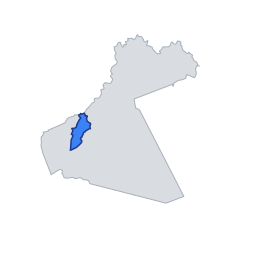 location of Gao, Gao, Mali, rotated 159°
{"feature_id": "8926073B84061132695750", "entity_name": "Gao", "entity_type": "district", "adm_level": 2, "iso_a3": "MLI", "parent_name": "Mali", "parent_adm1": "Gao", "projection": "mercator", "projection_center": [-0.018, 16.371], "detail": "fine", "context": "in_parent", "style": "filled", "palette": "blue", "viewbox_px": 256, "rotation_deg": 159, "n_neighbors": 0, "source": "geoboundaries", "source_scale": "gbopen_adm2", "svg_char_len": 4695}
<svg xmlns="http://www.w3.org/2000/svg" viewBox="0 0 256 256"><g transform="rotate(159 128 128)"><path d="M49.1,187.1L49.1,186.2L48.4,185.7L48.4,185.4L48.8,183.0L48.8,182.4L49.0,181.1L48.6,180.6L48.5,180.2L47.3,178.6L47.0,177.3L46.4,176.4L45.1,176.2L44.6,176.9L44.3,177.0L43.8,176.5L43.6,176.0L43.6,175.6L41.9,173.5L42.0,172.4L42.7,171.8L42.9,170.9L42.3,169.8L42.4,168.7L42.3,167.2L41.3,165.9L40.6,165.3L40.1,164.4L40.5,162.3L39.5,160.5L41.4,161.2L42.3,160.6L43.1,159.7L43.9,158.5L44.2,157.0L44.3,155.7L45.1,153.7L46.0,152.7L47.8,151.3L48.3,151.5L51.4,154.4L53.1,155.9L53.8,156.7L54.3,156.7L55.2,155.3L56.1,154.0L56.5,153.7L59.5,153.6L61.1,153.8L62.6,154.2L64.6,154.3L69.9,153.3L69.9,152.7L69.9,152.0L70.1,151.5L70.5,151.0L70.9,150.9L71.1,152.6L71.5,152.8L72.8,152.9L112.0,152.9L113.7,144.1L110.8,140.9L100.4,44.2L119.4,44.2L122.7,46.5L183.4,89.6L183.7,91.0L183.6,92.9L184.1,93.4L184.9,94.1L188.4,95.9L188.6,96.2L188.8,97.0L189.2,97.9L189.9,98.4L190.8,98.8L191.8,99.1L194.9,99.4L195.6,99.8L196.9,101.5L197.6,101.8L201.8,102.7L203.2,103.2L204.7,103.9L205.5,104.6L205.4,107.2L206.0,108.9L206.0,109.4L205.3,110.0L205.2,110.5L204.4,111.9L204.6,112.4L206.0,113.4L206.7,113.7L207.6,113.7L216.4,112.0L216.5,136.2L216.2,136.5L215.9,140.8L215.3,143.3L214.1,145.1L213.4,147.9L213.0,148.4L212.7,150.0L212.0,150.9L210.9,151.3L208.8,153.1L208.7,154.5L203.9,153.7L203.6,153.7L203.4,153.9L203.3,154.6L191.0,155.1L185.0,155.4L181.3,158.6L178.8,158.9L175.8,158.7L174.2,158.6L173.6,158.8L173.4,159.4L168.6,157.8L166.8,158.3L166.5,158.1L166.2,157.8L165.4,157.6L164.0,157.6L163.0,157.9L159.9,160.4L158.2,161.1L155.1,162.6L152.9,163.9L152.2,164.1L151.0,164.2L150.0,164.4L149.1,167.3L148.5,167.6L144.8,166.5L144.0,166.6L143.4,167.0L141.3,168.7L140.3,170.0L139.8,171.8L139.9,173.0L139.5,173.4L138.5,173.5L136.8,173.1L136.3,173.3L136.1,174.2L136.1,176.1L135.7,177.4L134.7,177.8L133.9,178.3L133.3,178.5L132.8,178.4L129.8,176.4L128.8,176.1L127.7,176.3L126.6,177.1L124.7,179.2L124.9,179.9L125.5,180.8L125.8,181.8L125.8,182.8L123.1,184.1L123.7,185.1L123.7,187.8L122.4,189.0L122.0,189.8L120.8,190.7L119.7,191.1L116.4,191.8L115.1,192.7L114.4,193.4L114.3,194.1L114.4,195.0L115.1,196.7L114.8,198.3L114.3,200.2L113.8,201.0L112.3,202.0L112.5,203.2L112.6,204.9L112.4,207.2L111.9,208.7L111.6,208.5L110.1,208.6L108.5,209.1L107.9,209.5L107.8,210.0L106.4,211.2L105.6,211.1L104.7,210.8L104.3,210.5L104.2,210.3L104.7,209.3L104.8,209.0L104.2,207.2L104.3,206.8L104.1,205.5L104.0,205.4L102.2,206.0L102.2,206.3L102.4,207.1L101.6,207.2L100.8,206.9L99.8,206.2L99.6,206.4L99.5,207.0L99.4,207.7L99.6,209.1L99.4,209.5L97.9,209.4L96.6,209.6L96.3,210.1L96.2,210.6L96.5,211.2L96.4,211.4L95.9,211.8L95.7,211.7L95.0,211.1L92.2,210.5L92.0,209.6L91.6,209.6L90.8,208.5L90.4,208.6L90.1,208.7L89.0,208.7L88.1,209.6L87.4,210.7L86.6,211.3L85.5,211.6L85.7,210.8L85.3,209.8L82.9,208.6L82.5,208.0L81.9,205.2L81.9,204.3L82.1,203.6L82.0,203.0L81.8,202.5L81.0,202.1L80.3,201.9L79.3,202.5L78.9,202.6L78.5,202.5L78.2,202.3L78.3,202.0L79.3,200.5L79.8,199.8L80.8,199.1L81.1,198.7L81.1,198.4L81.0,198.2L80.3,197.9L79.3,197.2L78.7,197.1L78.3,196.8L77.8,195.7L77.5,195.5L77.0,195.3L76.6,195.1L76.6,192.3L75.6,190.3L74.7,187.7L74.2,187.1L73.4,186.6L72.3,186.2L71.4,186.1L70.4,186.4L70.4,186.6L71.0,187.5L71.1,187.9L71.0,188.4L70.8,188.7L69.4,189.0L67.6,189.9L67.0,191.0L66.6,191.2L65.9,191.0L61.0,189.2L59.0,190.0L57.6,191.6L57.3,192.1L56.7,192.6L56.3,192.6L56.0,192.3L54.6,189.8L53.9,189.2L53.2,189.2L52.5,189.6L51.8,190.4L51.0,191.2L50.4,191.4L50.0,191.3L47.9,189.7L47.8,189.3L48.7,187.3L49.1,187.1Z" fill="#d9dde1" stroke="#a8b0b8" stroke-width="1"/><path d="M185.3,137.2L188.8,129.7L189.7,128.0L189.0,127.8L183.7,128.3L183.0,128.4L182.2,128.7L180.9,129.2L179.9,129.6L178.2,130.3L176.7,131.0L175.7,132.6L176.2,134.8L175.7,135.8L174.1,136.1L173.9,136.7L171.8,138.5L171.4,139.4L170.9,139.7L170.4,139.9L169.3,139.8L168.2,140.6L163.8,141.2L163.4,141.0L163.0,143.3L161.4,145.2L161.8,146.4L163.0,147.8L163.7,149.3L163.5,150.8L163.0,152.2L161.9,153.3L161.9,154.0L162.5,154.4L163.5,154.5L163.6,155.2L163.2,156.0L163.6,157.5L163.8,157.5L164.1,157.5L164.4,157.5L164.7,157.5L165.0,157.5L165.3,157.5L165.6,157.5L165.9,157.5L166.2,157.5L166.3,157.5L166.5,157.8L166.8,158.1L166.9,158.3L167.0,158.4L167.3,158.2L167.6,158.1L167.8,158.0L167.9,157.9L168.0,157.9L168.3,157.7L168.5,157.6L168.9,157.7L169.1,157.8L169.5,156.7L169.4,156.0L168.5,155.0L168.6,154.3L170.7,153.0L173.9,150.1L174.1,150.0L174.3,149.8L174.5,149.6L174.4,149.4L174.4,149.2L174.6,149.1L176.4,147.2L177.8,147.0L178.9,147.1L180.3,147.7L180.6,147.6L180.5,145.8L180.4,145.2L180.8,144.7L182.8,142.8L183.1,142.5L182.9,142.1L182.0,140.9L182.2,140.4L185.3,137.2Z" fill="#3b82f6" stroke="#1e3a8a" stroke-width="1.5"/></g></svg>